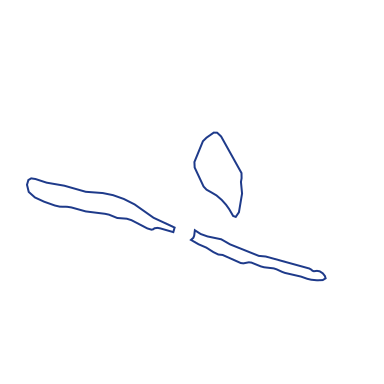 the Province of Penama, rotated 112°
{"feature_id": "VUT-564", "entity_name": "Penama", "entity_type": "Province", "adm_level": 1, "iso_a3": "VUT", "parent_name": "Vanuatu", "parent_adm1": "", "projection": "equal_earth", "projection_center": [168.1, -15.454], "detail": "fine", "context": "isolated", "style": "outline", "palette": "blue", "viewbox_px": 384, "rotation_deg": 112, "n_neighbors": 0, "source": "natural_earth", "source_scale": "10m", "svg_char_len": 1299}
<svg xmlns="http://www.w3.org/2000/svg" viewBox="0 0 384 384"><g transform="rotate(112 192 192)"><path d="M238.2,210.6L239.7,213.2L241.1,214.0L242.1,215.4L242.5,219.8L240.8,237.6L241.2,242.5L244.1,251.6L244.1,260.5L244.8,264.5L249.8,283.2L251.5,298.1L252.5,302.3L255.1,309.0L255.9,314.1L256.4,325.5L255.9,335.6L253.1,343.4L247.1,347.7L242.2,348.2L239.6,346.2L238.6,342.0L237.8,330.3L234.0,312.8L231.6,290.6L226.4,274.3L224.5,264.0L224.0,252.6L225.0,240.6L230.3,218.0L231.5,194.8L236.2,194.3L237.6,207.7L238.2,210.6ZM185.1,174.0L184.4,179.4L182.6,183.3L168.3,198.7L163.3,201.0L140.8,200.9L136.2,198.9L128.8,194.1L127.6,190.9L129.6,185.8L155.9,153.2L160.6,151.2L164.3,150.4L174.7,145.0L193.2,140.9L198.7,142.1L198.8,144.9L193.9,151.2L191.1,155.6L188.2,161.5L186.0,168.0L185.1,174.0ZM219.0,54.6L219.3,52.3L219.9,50.8L219.8,49.3L218.3,46.6L217.7,43.9L218.4,40.3L220.1,37.3L222.0,35.8L224.7,37.8L227.0,42.9L228.7,48.7L229.3,52.6L229.6,59.3L232.2,75.5L232.3,78.5L232.0,84.6L232.2,87.6L234.8,97.0L235.2,100.3L235.2,110.5L235.9,113.0L238.9,117.6L239.6,120.2L238.9,140.0L240.1,144.2L239.7,149.7L238.2,157.9L238.0,166.4L236.8,175.0L234.0,173.6L231.7,173.6L226.4,175.0L227.7,168.2L227.4,161.0L224.9,147.2L226.3,137.1L226.2,106.1L224.2,99.5L219.0,54.6Z" fill="none" stroke="#1e3a8a" stroke-width="2"/></g></svg>